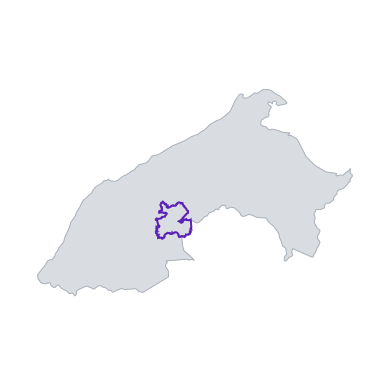 location of Atalaya, Ucayali, Peru, rotated 85°
{"feature_id": "86281439B8185732836313", "entity_name": "Atalaya", "entity_type": "district", "adm_level": 2, "iso_a3": "PER", "parent_name": "Peru", "parent_adm1": "Ucayali", "projection": "natural_earth1", "projection_center": [-73.051, -10.43], "detail": "fine", "context": "in_parent", "style": "outline", "palette": "violet", "viewbox_px": 384, "rotation_deg": 85, "n_neighbors": 0, "source": "geoboundaries", "source_scale": "gbopen_adm2", "svg_char_len": 9179}
<svg xmlns="http://www.w3.org/2000/svg" viewBox="0 0 384 384"><g transform="rotate(85 192 192)"><path d="M268.8,104.6L268.8,105.7L267.5,106.3L266.4,105.5L264.7,105.7L262.2,103.1L256.2,103.5L253.5,106.6L249.6,107.2L245.2,108.7L240.3,109.3L232.6,114.2L230.8,116.3L227.3,119.2L224.5,120.2L223.1,129.2L220.3,134.4L219.2,137.3L220.7,141.7L220.7,143.8L219.1,145.5L217.8,145.7L215.2,147.6L211.3,151.5L210.5,154.6L211.8,158.6L211.4,159.1L208.1,159.9L208.2,162.1L207.6,163.0L210.3,166.2L211.8,167.0L211.9,167.8L211.7,168.6L211.0,169.0L211.0,169.7L213.0,172.1L214.4,176.9L217.3,179.2L217.3,180.8L218.2,182.3L219.7,183.5L223.1,188.3L223.2,190.5L219.6,195.7L225.6,195.6L232.2,197.4L233.1,198.2L233.9,200.5L234.0,202.0L235.3,203.3L235.1,206.1L243.8,206.1L249.4,205.4L258.5,196.8L260.0,196.1L259.2,198.0L259.1,199.3L259.6,200.8L258.5,202.9L258.4,223.8L260.0,222.7L262.2,224.7L263.7,224.8L268.7,222.4L274.5,222.8L287.9,250.1L286.7,252.0L286.8,253.4L285.1,254.6L283.4,256.8L283.3,267.6L281.9,270.9L282.7,272.6L283.4,276.1L284.6,278.2L284.9,279.5L284.8,280.0L282.9,281.2L282.8,283.2L279.4,287.0L278.8,289.7L277.5,290.5L277.3,293.5L280.3,298.3L278.4,301.2L276.5,305.5L279.6,314.4L280.8,315.7L282.1,315.6L284.1,316.4L285.2,317.8L282.7,319.5L282.3,320.2L282.5,323.1L279.8,325.4L276.2,331.0L275.2,331.3L273.4,333.0L273.0,333.8L273.3,334.7L274.9,336.3L275.0,338.4L272.4,340.9L270.6,341.2L269.9,341.9L270.6,345.3L270.6,346.9L270.1,348.8L268.8,350.8L264.9,352.9L261.4,353.2L255.4,348.0L253.6,345.9L247.7,341.5L246.7,336.9L244.7,334.7L241.1,333.0L238.2,330.6L236.1,329.5L230.7,324.3L225.8,322.6L216.7,317.2L211.8,315.4L205.5,310.3L202.1,308.9L199.4,306.5L191.1,301.4L189.8,299.8L188.5,297.3L186.7,295.8L184.6,292.4L181.5,290.4L178.6,287.7L174.9,280.5L173.2,278.9L173.1,275.6L171.9,274.1L173.6,273.0L174.7,268.0L174.1,265.4L169.9,258.6L169.1,255.8L166.0,250.5L164.9,247.4L162.4,245.1L161.4,243.1L160.0,242.3L159.9,239.9L159.0,235.3L157.6,233.0L152.7,228.7L152.2,224.0L151.1,220.8L144.3,207.6L140.3,194.9L136.9,187.9L135.6,183.8L135.4,181.7L132.9,177.9L131.6,174.5L126.1,167.9L122.8,160.6L122.4,158.4L120.2,154.4L116.6,149.1L114.9,147.0L104.2,140.6L99.2,136.6L98.6,134.6L98.8,133.4L99.9,132.3L101.4,133.2L102.4,132.8L103.1,131.4L103.1,129.2L102.1,126.4L98.7,120.9L99.6,118.5L96.1,112.2L96.9,106.1L97.7,104.5L102.8,98.3L104.3,95.7L106.5,94.0L108.7,91.5L111.4,89.6L112.2,90.3L113.0,93.6L112.9,95.8L113.7,98.3L111.8,100.5L109.8,100.0L108.9,100.6L108.6,101.6L109.0,103.3L109.5,104.0L111.0,104.1L109.0,107.3L109.1,108.0L110.6,108.6L112.0,107.7L113.4,105.9L114.3,105.6L119.5,108.8L121.9,108.4L123.8,109.9L124.0,112.2L126.6,116.7L130.5,117.8L131.1,117.5L132.0,115.8L132.8,115.5L133.0,113.0L136.4,110.3L136.9,108.5L136.4,107.2L136.5,106.1L138.4,100.2L139.0,99.6L139.6,97.7L140.4,96.5L141.5,89.8L142.4,89.8L143.3,91.4L144.4,91.0L143.8,89.5L144.0,89.0L147.7,83.6L148.9,82.5L166.8,75.1L175.8,67.6L183.7,57.0L186.1,46.3L187.1,47.1L188.5,46.8L188.0,42.5L188.4,40.4L188.3,39.8L185.9,37.2L184.9,34.4L182.7,32.8L182.8,32.2L185.1,32.8L187.2,32.5L188.9,30.8L190.2,30.9L193.2,33.4L195.4,33.6L196.1,35.3L198.2,36.6L201.2,40.3L202.6,44.3L202.5,45.0L203.8,47.1L206.7,48.1L209.6,51.1L212.7,52.0L214.0,54.7L214.8,55.5L215.2,57.1L214.8,58.9L215.2,59.8L217.4,61.4L219.3,61.5L219.8,62.2L220.8,66.7L220.1,68.9L220.4,70.1L222.9,71.2L223.6,72.2L225.6,72.4L228.4,71.4L231.9,72.8L234.6,72.3L235.9,71.9L237.1,70.9L238.2,71.0L241.0,68.2L241.7,67.9L244.7,69.2L247.1,71.1L250.2,70.7L251.4,69.5L253.6,68.9L257.6,71.2L258.5,72.4L259.6,72.6L263.9,74.9L264.6,75.9L266.9,76.8L267.4,77.6L267.2,78.4L257.2,96.6L260.3,98.1L263.2,97.1L264.7,98.3L265.8,101.3L268.1,103.3L268.8,104.6Z" fill="#d9dde1" stroke="#a8b0b8" stroke-width="1"/><path d="M235.2,206.0L235.2,205.8L235.5,205.7L235.6,205.4L235.4,205.2L235.5,205.0L235.2,204.8L235.4,204.4L235.6,204.4L235.6,204.1L235.8,203.8L235.6,203.8L235.6,203.1L235.4,203.0L235.6,202.5L235.1,202.1L234.6,202.1L234.2,201.6L233.9,201.6L234.0,201.3L234.0,201.0L234.2,200.0L234.0,199.8L234.1,199.3L233.8,199.3L233.5,199.0L233.6,197.9L233.3,197.8L233.1,198.0L232.8,197.6L232.7,197.6L232.8,197.5L232.7,197.3L232.3,197.0L232.0,197.1L231.7,196.8L231.4,197.0L231.2,196.8L231.0,197.0L230.3,196.9L230.0,197.1L229.7,196.6L229.4,196.7L229.2,196.6L229.2,196.4L229.1,196.5L228.6,196.3L228.4,196.2L228.2,196.2L228.0,196.4L227.8,196.1L227.6,196.2L227.4,196.1L227.1,196.0L227.0,195.7L219.7,195.7L219.9,195.9L219.7,196.2L219.8,196.6L219.6,196.9L219.9,197.7L219.7,198.0L219.7,198.4L219.5,198.6L219.5,199.3L219.3,199.5L219.5,199.9L219.4,200.1L219.2,200.0L218.6,200.1L218.7,200.4L218.6,200.5L219.1,201.3L219.0,201.6L219.1,202.3L219.3,202.4L219.3,202.8L219.5,203.0L219.3,203.2L219.3,203.3L219.6,203.4L219.7,203.7L220.3,203.6L221.2,203.9L221.3,204.1L221.0,204.3L221.1,204.6L221.3,205.0L221.7,205.5L221.5,205.8L221.3,205.8L221.2,206.2L220.5,206.7L220.4,207.0L220.0,207.7L219.8,207.4L219.8,206.9L219.9,206.3L219.4,206.0L219.4,205.5L218.7,205.2L218.5,204.9L218.1,204.1L217.1,203.6L217.1,202.9L216.8,202.9L215.8,202.4L215.6,201.6L214.9,201.0L214.6,200.9L214.1,200.0L213.5,199.7L213.1,198.9L212.7,198.5L212.7,198.0L212.3,197.7L211.5,197.9L211.2,197.8L210.4,197.7L209.5,198.9L208.2,199.2L207.8,199.6L206.9,200.0L206.6,200.5L206.6,200.8L206.0,201.0L205.6,200.8L205.4,200.8L205.1,201.2L204.8,201.9L204.3,202.0L203.8,202.0L203.3,202.3L203.1,202.6L202.8,202.5L202.8,203.0L202.6,203.2L202.5,203.7L202.0,203.3L201.9,203.8L202.2,204.2L201.9,204.6L201.7,204.8L201.4,205.2L201.2,205.8L201.4,206.2L201.3,206.5L201.5,206.9L201.9,207.3L201.9,207.8L202.1,208.0L202.6,207.9L202.8,208.0L203.0,208.9L203.9,209.1L204.1,209.3L204.2,209.5L204.1,209.9L204.2,210.1L204.2,210.9L204.1,211.2L203.8,211.4L203.8,211.6L204.0,211.7L203.6,212.4L204.0,212.8L203.9,213.3L204.0,213.8L204.2,214.0L204.4,214.0L204.9,214.6L204.9,214.9L205.6,216.6L205.5,217.0L205.6,217.7L205.5,217.8L205.5,217.6L205.1,217.2L204.7,217.3L204.5,217.1L204.2,217.2L204.2,217.5L203.8,217.6L203.7,218.0L203.3,217.8L203.3,218.1L202.8,218.6L202.8,218.8L202.5,218.9L202.3,219.3L202.2,219.4L201.8,219.2L201.8,219.5L202.0,219.9L201.8,220.3L201.1,220.3L200.6,220.8L200.3,220.7L200.2,220.9L200.3,221.1L200.3,221.7L200.0,221.9L199.3,221.7L199.0,221.9L199.0,222.1L199.9,222.8L200.1,223.6L200.8,223.7L201.6,224.4L202.0,224.6L202.5,224.6L202.8,224.3L203.4,224.2L203.8,224.0L204.6,224.0L204.7,223.4L205.3,223.6L205.5,223.6L205.6,223.4L206.1,223.4L206.7,223.6L207.1,223.4L207.5,223.5L208.0,224.9L207.9,225.3L208.0,225.8L208.3,226.3L208.9,226.2L209.3,226.6L209.7,226.6L209.9,226.5L209.7,226.2L209.7,225.4L209.7,223.3L209.8,222.9L210.3,222.3L210.2,222.1L210.5,221.7L210.3,221.5L210.4,221.1L210.3,220.7L210.4,220.1L210.8,220.0L211.0,219.7L210.9,219.2L211.2,219.0L211.5,219.0L211.7,219.3L212.6,220.0L213.5,220.9L214.3,221.2L214.2,222.5L214.1,222.8L214.3,223.2L214.4,223.9L214.6,224.0L214.5,224.5L214.8,224.7L215.5,224.8L215.6,225.2L215.6,225.4L215.7,225.7L215.6,225.9L215.9,227.8L215.7,228.6L215.8,228.9L215.4,229.3L215.5,229.4L215.4,229.8L215.5,229.9L215.7,229.7L216.0,230.1L216.5,230.5L216.9,230.2L217.0,229.8L217.4,229.5L217.6,229.1L218.9,229.1L219.2,228.9L219.5,228.9L219.8,228.8L220.0,228.7L220.2,228.8L220.8,228.8L221.5,228.5L221.8,228.6L222.4,228.3L222.5,227.7L223.1,227.4L223.3,227.5L223.1,227.6L223.2,228.3L223.4,228.3L223.6,228.5L223.7,228.8L223.4,229.0L223.8,229.1L223.6,229.3L223.6,229.1L223.4,229.2L223.5,229.4L223.3,229.4L223.3,229.5L223.5,229.5L223.9,229.4L223.9,229.5L223.8,229.8L224.0,229.7L224.3,230.0L224.4,229.7L224.5,229.9L224.6,230.1L224.9,229.9L225.0,230.1L225.3,230.2L225.1,230.5L225.4,230.5L225.4,230.3L225.5,230.2L225.6,230.3L225.8,230.4L225.8,230.1L225.8,230.4L226.3,230.2L226.7,229.8L226.9,229.8L227.0,230.0L227.0,229.8L227.1,230.0L227.1,230.3L227.3,230.3L227.4,230.6L227.8,230.4L227.8,230.6L228.0,230.7L228.1,230.9L228.3,230.8L228.3,231.0L228.5,231.0L228.4,231.1L228.7,231.2L228.7,231.4L228.8,231.0L228.9,231.3L229.1,231.2L229.1,231.4L229.5,231.3L229.6,231.5L229.6,231.3L229.8,231.3L229.8,231.1L229.8,231.4L229.9,231.2L230.1,231.2L230.2,230.9L230.3,230.8L230.3,230.6L230.4,230.8L230.6,230.7L230.8,230.4L230.8,230.5L231.0,230.4L231.1,230.2L231.3,230.1L231.5,229.9L231.8,229.9L231.8,229.7L231.9,229.8L231.9,229.7L232.0,229.8L232.1,229.5L232.4,229.5L232.6,229.3L232.8,229.2L233.0,229.2L233.0,229.4L233.2,229.0L233.6,229.2L233.6,229.6L233.9,229.6L234.0,229.4L234.1,229.7L234.8,229.8L234.6,228.9L234.9,228.3L234.8,227.9L234.9,227.7L234.9,227.1L235.0,226.9L234.7,226.7L234.9,226.4L235.0,226.5L235.1,226.4L235.3,226.1L235.8,226.0L236.0,225.8L236.0,225.5L235.6,225.2L235.2,225.4L235.1,224.7L234.9,224.5L235.2,224.2L235.1,223.8L234.9,223.7L234.6,223.9L234.2,223.3L233.9,223.1L233.1,223.3L232.9,223.1L232.6,223.1L232.4,223.0L231.9,222.5L231.8,222.2L231.5,222.0L231.4,221.6L231.4,221.2L231.3,220.9L230.7,220.4L230.5,220.0L230.6,219.5L230.8,219.2L230.8,218.6L230.9,217.9L231.1,217.3L231.7,217.5L232.0,216.5L231.9,216.1L232.1,215.7L231.7,215.1L230.9,215.0L231.4,214.6L231.5,214.3L231.5,213.8L231.0,213.4L230.9,213.0L230.7,212.7L230.8,212.1L230.6,211.9L230.7,211.3L231.2,210.5L231.5,210.1L232.3,209.8L232.4,209.6L232.8,209.2L234.2,209.3L234.4,208.9L235.5,208.9L235.7,208.5L235.7,207.8L235.7,207.6L235.4,207.4L235.0,206.4L235.0,206.1L235.2,206.0Z" fill="none" stroke="#5b21b6" stroke-width="2"/></g></svg>